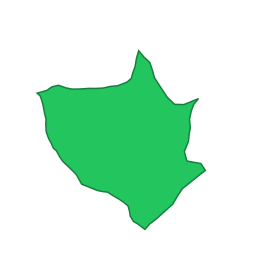 Knodara, Cyprus, rotated 138°
{"feature_id": "46923920B61069170158691", "entity_name": "Knodara", "entity_type": "district", "adm_level": 2, "iso_a3": "CYP", "parent_name": "Cyprus", "parent_adm1": "", "projection": "albers", "projection_center": [33.657, 35.266], "detail": "fine", "context": "isolated", "style": "filled", "palette": "green", "viewbox_px": 256, "rotation_deg": 138, "n_neighbors": 0, "source": "geoboundaries", "source_scale": "gbopen_adm2", "svg_char_len": 1065}
<svg xmlns="http://www.w3.org/2000/svg" viewBox="0 0 256 256"><g transform="rotate(138 128 128)"><path d="M183.3,41.3L176.5,42.2L167.8,41.5L160.4,41.5L153.5,41.5L145.5,41.5L135.5,44.7L128.1,46.5L117.5,45.9L106.3,45.3L98.9,44.7L97.6,52.8L106.3,64.0L102.0,72.7L92.0,77.7L86.4,82.7L81.5,86.5L76.5,93.3L69.6,98.3L63.4,101.5L56.0,102.7L70.8,108.0L77.5,114.4L78.3,124.4L76.3,137.6L74.7,147.6L71.5,154.0L68.0,161.9L68.7,170.3L68.3,178.3L71.9,176.1L75.9,173.5L81.9,168.7L87.4,165.9L92.2,162.7L98.2,162.8L107.3,166.3L113.3,170.7L119.7,174.3L125.2,178.7L130.4,183.5L137.6,189.1L143.5,194.3L147.1,199.1L151.1,206.3L157.1,209.5L163.4,210.3L172.2,214.7L171.8,210.7L173.4,206.7L175.8,201.9L180.2,194.7L182.9,189.5L186.5,185.9L191.3,179.9L194.1,173.1L195.3,167.9L196.9,163.1L196.5,158.8L198.1,152.0L198.8,146.4L198.4,142.0L197.7,132.8L197.6,128.0L200.0,117.2L197.6,112.4L194.9,106.8L192.5,102.0L189.3,97.6L186.1,94.0L184.1,86.8L182.5,82.0L180.9,75.6L180.1,70.0L182.5,65.3L185.3,60.9L186.5,54.9L184.9,50.1L183.3,41.3Z" fill="#22c55e" stroke="#15803d" stroke-width="1.5"/></g></svg>